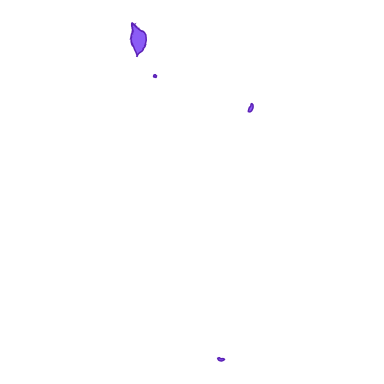 Uman, Federated States of Micronesia (Natural Earth projection)
{"feature_id": "79324940B14491633646531", "entity_name": "Uman", "entity_type": "district", "adm_level": 2, "iso_a3": "FSM", "parent_name": "Federated States of Micronesia", "parent_adm1": "", "projection": "natural_earth1", "projection_center": [151.893, 7.153], "detail": "fine", "context": "isolated", "style": "filled", "palette": "violet", "viewbox_px": 384, "rotation_deg": 0, "n_neighbors": 0, "source": "geoboundaries", "source_scale": "gbopen_adm2", "svg_char_len": 3712}
<svg xmlns="http://www.w3.org/2000/svg" viewBox="0 0 384 384"><path d="M146.2,39.4L146.2,39.1L146.2,38.9L146.1,38.6L146.1,38.2L146.1,37.4L146.0,36.8L145.9,36.3L145.9,36.1L145.9,35.8L145.9,35.6L145.8,34.9L145.7,34.6L145.4,34.3L144.6,32.8L144.1,32.2L143.7,31.9L143.5,31.6L143.2,31.4L143.1,31.6L142.9,31.4L142.5,31.2L142.4,31.3L142.2,31.3L142.2,31.0L141.9,30.9L141.7,30.9L141.5,31.0L141.4,30.9L141.0,30.7L140.9,30.7L140.7,30.5L140.3,30.4L140.2,30.2L139.9,29.9L139.7,29.7L139.4,29.6L139.2,29.5L139.1,29.1L138.6,29.0L138.6,28.8L138.6,28.7L138.4,28.8L138.3,28.5L138.2,28.3L137.9,28.1L137.1,27.9L136.8,27.3L136.5,27.2L136.7,26.9L136.3,26.5L135.9,26.4L135.7,26.5L135.5,26.4L135.3,26.2L135.4,25.9L135.2,25.6L135.5,25.8L135.5,25.6L135.1,25.4L134.8,25.6L134.7,25.5L134.8,25.2L134.5,25.1L134.4,25.1L134.2,24.9L134.4,24.6L134.0,24.8L133.5,24.7L133.2,24.4L133.0,24.6L132.9,24.2L132.5,24.1L132.5,23.6L132.3,23.5L132.2,23.6L131.8,23.3L131.7,23.5L131.7,24.3L131.7,26.1L131.8,26.4L132.1,26.6L132.2,27.0L132.3,27.3L132.1,27.3L132.1,27.5L132.1,27.8L132.3,27.8L132.2,28.0L132.3,28.1L132.5,28.2L132.5,28.4L132.4,28.4L132.3,28.6L132.5,29.2L132.5,29.5L132.5,29.8L132.6,30.0L132.8,30.0L132.8,30.4L132.5,30.4L132.4,30.9L132.5,31.0L132.8,31.0L132.7,31.2L132.4,31.4L132.4,31.5L132.5,31.6L132.6,31.8L132.4,31.8L132.2,32.0L132.3,32.2L132.3,32.3L132.5,32.3L132.2,32.6L132.1,32.8L132.0,33.4L131.7,33.7L131.7,33.8L131.9,33.9L131.6,34.0L131.6,34.3L131.4,34.6L131.3,35.1L131.3,35.7L131.2,35.8L131.1,37.0L131.2,37.6L131.0,38.0L131.2,37.9L131.0,38.4L130.9,38.3L130.9,38.7L131.0,38.7L131.0,38.8L131.1,40.0L131.3,41.0L131.2,40.9L131.1,41.3L131.2,41.5L131.4,41.4L131.4,41.7L131.4,42.0L131.5,42.2L131.3,42.3L131.3,42.5L131.5,42.5L131.6,43.3L131.7,43.2L131.7,42.7L131.6,42.4L132.0,43.2L132.2,43.7L132.1,43.9L132.2,44.3L132.3,44.4L132.3,44.5L132.2,44.5L132.1,44.9L132.2,45.1L132.4,44.9L132.4,45.0L132.6,45.1L132.8,45.4L132.7,45.4L132.7,45.6L133.0,45.5L133.1,46.0L133.7,46.9L134.4,49.0L134.7,49.7L135.2,50.7L135.5,51.3L135.9,52.1L136.3,53.0L136.4,53.3L136.5,53.8L136.6,54.0L136.7,54.3L136.9,54.7L137.1,55.0L137.1,55.6L136.9,55.8L136.8,56.2L137.1,56.3L137.3,56.0L137.5,55.5L137.4,54.8L137.4,54.7L137.5,54.6L138.1,54.3L138.5,53.6L139.5,52.9L139.8,52.5L140.4,52.3L140.9,51.9L141.9,51.2L142.3,50.9L142.8,50.1L143.2,49.7L143.3,49.5L143.3,49.4L143.2,49.3L143.1,48.9L143.2,48.7L143.3,48.3L143.5,48.1L144.1,47.8L144.3,47.4L144.6,47.0L144.7,46.9L144.9,46.7L145.0,46.5L145.1,46.2L144.9,45.7L145.0,45.7L145.3,45.4L145.5,44.8L145.6,44.7L145.7,44.4L145.5,44.2L145.3,44.3L145.3,43.9L145.5,43.6L146.0,41.3L146.2,40.6L146.2,40.1L146.2,39.9L146.2,39.5L146.2,39.4L146.2,39.4ZM249.7,111.9L250.2,111.8L251.4,111.0L251.9,110.3L252.9,108.2L253.1,107.0L253.0,104.9L252.0,103.7L251.4,103.7L251.0,104.4L250.9,105.6L250.5,106.7L249.6,107.1L249.1,108.2L248.3,111.1L248.4,111.6L249.7,111.9ZM220.3,360.8L220.9,360.9L221.5,361.0L222.1,360.8L222.8,360.6L223.5,360.2L223.9,359.9L224.2,359.7L224.4,359.6L224.5,359.4L224.4,359.2L224.2,359.1L223.7,358.8L223.5,358.7L223.2,358.6L222.9,358.6L222.0,358.6L221.7,358.7L221.3,358.8L220.9,358.7L220.6,358.6L220.2,358.4L219.8,358.0L219.5,357.8L219.2,357.7L218.9,357.7L218.6,357.9L218.1,358.1L217.9,358.2L217.7,358.3L217.8,358.6L218.0,359.1L218.2,359.5L218.4,359.8L218.6,360.0L218.8,360.2L219.3,360.5L219.7,360.6L220.3,360.8ZM156.0,75.7L155.5,74.8L155.0,74.7L154.8,74.8L154.4,75.0L154.2,74.9L153.8,75.5L153.6,76.1L153.6,76.6L153.9,77.0L154.4,77.1L154.6,76.9L155.1,77.3L155.5,77.2L155.9,77.4L156.3,77.0L156.5,75.8L156.3,75.7L156.0,75.7ZM132.7,23.5L132.6,23.2L132.4,23.0L132.2,23.1L132.1,23.3L132.1,23.5L132.3,23.4L132.5,23.5L132.8,23.8L132.8,24.0L133.1,24.1L133.2,23.9L132.9,23.9L132.7,23.5Z" fill="#8b5cf6" stroke="#5b21b6" stroke-width="1.5"/></svg>